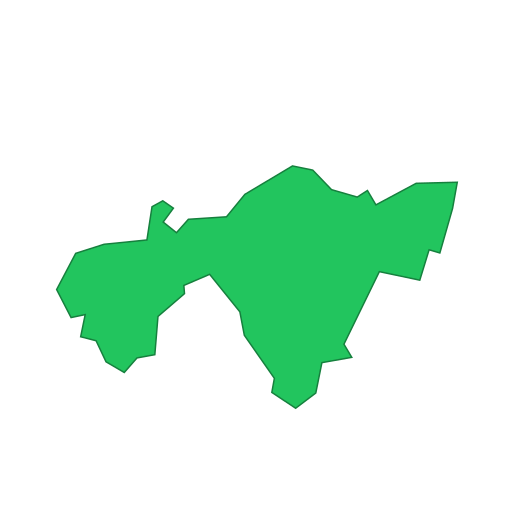 Arachinovo, Lipkovo, North Macedonia, rotated 212°
{"feature_id": "65306769B96419265045604", "entity_name": "Arachinovo", "entity_type": "district", "adm_level": 2, "iso_a3": "MKD", "parent_name": "North Macedonia", "parent_adm1": "Lipkovo", "projection": "orthographic", "projection_center": [21.596, 42.042], "detail": "fine", "context": "isolated", "style": "filled", "palette": "green", "viewbox_px": 512, "rotation_deg": 212, "n_neighbors": 0, "source": "geoboundaries", "source_scale": "gbopen_adm2", "svg_char_len": 730}
<svg xmlns="http://www.w3.org/2000/svg" viewBox="0 0 512 512"><g transform="rotate(212 256 256)"><path d="M306.0,87.4L302.9,106.5L289.5,118.7L307.1,152.8L296.7,186.2L301.6,192.8L285.6,215.9L240.1,200.1L223.9,182.6L175.6,162.0L170.3,148.7L141.7,147.9L132.7,171.5L143.6,200.5L121.1,220.8L134.7,227.8L143.1,308.1L104.3,322.3L112.5,353.0L101.7,356.0L114.5,400.5L124.4,425.2L158.7,402.5L181.4,362.9L196.2,370.6L201.4,359.6L227.1,352.3L253.4,358.9L272.8,351.7L298.1,302.4L301.8,273.6L332.8,251.3L335.8,233.6L352.7,235.6L351.4,252.8L364.3,253.4L370.3,242.7L357.0,211.8L391.1,185.4L410.3,162.7L407.3,121.9L380.2,105.8L369.8,115.8L361.9,94.6L346.7,99.4L327.1,86.8L306.0,87.4Z" fill="#22c55e" stroke="#15803d" stroke-width="1.5"/></g></svg>